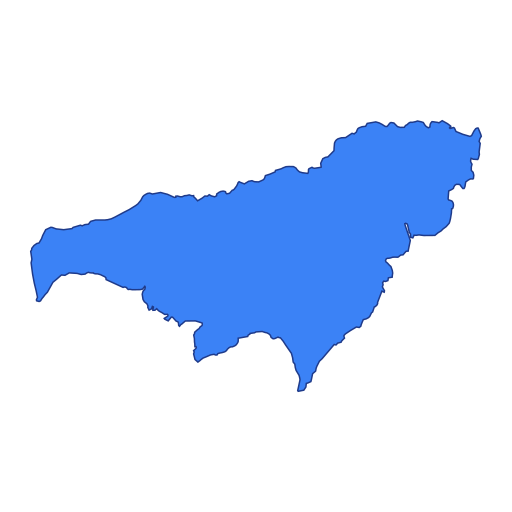 Polle, Federated States of Micronesia
{"feature_id": "79324940B78067123130515", "entity_name": "Polle", "entity_type": "district", "adm_level": 2, "iso_a3": "FSM", "parent_name": "Federated States of Micronesia", "parent_adm1": "", "projection": "albers", "projection_center": [151.586, 7.337], "detail": "fine", "context": "isolated", "style": "filled", "palette": "blue", "viewbox_px": 512, "rotation_deg": 0, "n_neighbors": 0, "source": "geoboundaries", "source_scale": "gbopen_adm2", "svg_char_len": 6080}
<svg xmlns="http://www.w3.org/2000/svg" viewBox="0 0 512 512"><path d="M356.3,132.2L355.4,132.8L354.2,133.9L352.0,133.3L345.6,137.6L341.3,137.8L338.0,138.8L336.4,139.9L335.3,141.3L334.5,143.1L334.1,147.8L334.0,150.7L327.9,156.9L325.3,157.4L322.8,158.7L320.7,163.3L321.2,167.1L320.3,167.4L314.5,168.3L313.1,168.0L312.0,167.3L309.0,168.7L308.5,169.5L308.4,172.1L307.8,173.4L302.3,172.7L299.5,171.9L298.3,170.9L297.2,169.8L295.9,168.0L293.5,166.6L288.9,166.5L286.0,166.7L283.1,167.8L281.8,168.5L280.5,169.0L275.5,170.4L275.1,171.9L270.0,174.1L265.4,175.6L264.7,177.8L264.1,179.0L262.9,180.0L258.7,181.9L255.7,181.8L254.1,181.6L252.0,180.7L248.6,181.3L246.7,182.5L245.6,183.1L244.4,183.9L240.2,182.3L239.1,181.7L238.1,182.6L237.6,184.0L236.6,186.0L234.2,189.2L233.3,190.0L232.3,190.2L229.5,193.3L226.8,193.8L225.8,192.9L225.5,191.7L224.7,191.4L223.1,191.1L220.7,191.5L218.9,192.4L216.7,194.0L216.6,195.7L214.7,196.8L211.3,195.9L209.2,194.7L207.4,196.2L204.9,196.0L202.2,198.1L197.6,200.8L195.6,198.5L193.8,196.8L193.6,195.6L192.0,195.8L189.2,194.9L186.8,195.5L184.5,195.7L182.2,196.7L180.4,196.8L177.4,196.0L175.8,196.2L175.8,197.3L174.3,197.4L167.5,194.3L160.6,192.5L152.4,194.0L149.7,193.1L147.6,193.4L145.8,194.3L143.9,195.5L142.7,196.8L140.8,200.4L139.2,202.3L137.9,203.9L135.8,205.5L129.2,209.6L123.7,212.4L114.9,217.1L111.3,218.8L107.7,219.7L105.0,220.0L95.6,220.0L90.8,221.3L90.1,222.0L88.5,224.2L84.9,224.6L82.2,225.8L80.4,225.2L73.1,227.4L72.0,228.6L63.7,229.7L56.2,228.9L52.1,227.4L50.8,227.3L45.7,229.7L42.7,235.5L41.5,238.8L39.0,243.0L36.8,243.5L34.0,245.5L31.8,248.3L31.6,250.0L30.7,251.3L31.9,259.3L31.1,262.8L32.6,274.2L34.3,283.2L36.2,291.0L37.5,297.3L36.4,299.8L36.6,300.8L39.1,301.5L40.5,300.9L42.0,298.5L43.3,297.0L45.1,294.6L47.4,292.2L52.9,282.3L57.0,278.9L61.4,275.0L65.0,275.3L69.2,272.9L77.2,273.4L81.2,274.5L85.1,274.1L86.8,272.9L88.5,272.3L90.0,272.8L92.6,273.0L93.1,272.8L93.8,273.4L95.2,273.8L97.8,273.9L100.6,274.7L103.6,276.2L104.6,276.6L105.9,277.8L106.1,279.6L123.1,287.4L124.2,287.0L125.7,287.2L126.7,287.7L127.1,288.5L128.2,289.5L129.9,289.3L132.1,289.7L135.4,289.7L140.3,289.6L142.5,289.1L144.8,286.3L145.2,286.9L145.2,287.9L144.6,289.7L143.6,290.3L142.8,291.9L142.2,294.2L143.0,299.4L144.3,301.7L146.9,303.8L147.9,305.8L147.8,307.4L149.1,310.1L151.5,308.9L152.4,306.4L153.4,306.9L153.4,307.8L152.8,309.2L152.9,310.3L155.0,310.2L156.7,308.7L158.3,310.5L159.6,311.4L161.9,312.6L164.6,314.4L167.4,314.3L167.8,314.7L168.0,315.3L167.7,316.2L164.2,318.4L164.8,319.2L168.2,320.9L171.3,317.1L172.6,317.2L176.1,321.1L177.9,321.8L178.4,322.8L178.7,325.5L179.5,326.3L181.1,324.3L181.6,324.2L185.3,321.0L195.4,320.9L200.7,322.5L202.2,323.1L202.3,324.3L202.1,325.3L201.7,325.8L200.2,326.8L199.1,328.6L197.6,329.6L194.7,332.2L194.5,333.8L193.7,335.0L194.4,338.6L194.5,341.9L194.8,344.0L194.9,346.7L196.0,346.6L196.3,347.6L195.8,348.6L193.6,350.6L194.2,352.0L193.6,353.9L195.0,359.5L197.9,362.1L199.9,360.6L201.0,359.6L203.2,358.0L206.7,356.6L210.6,354.9L214.1,354.3L215.4,355.0L217.0,355.0L217.8,353.6L219.9,353.0L222.1,352.6L224.8,351.8L226.5,350.6L227.3,349.3L228.9,347.8L230.6,346.9L232.5,346.8L234.4,346.0L235.8,345.2L236.9,343.9L237.8,342.5L238.2,341.2L238.2,338.2L247.7,336.5L248.2,335.1L249.9,334.1L250.1,333.4L254.5,332.8L256.1,331.9L262.2,331.5L265.2,332.5L266.8,332.8L268.8,333.8L270.4,335.3L271.1,337.4L273.1,338.8L274.7,338.6L278.0,337.1L279.2,337.7L280.4,337.8L283.2,341.2L285.5,344.8L291.4,353.3L292.6,357.7L293.2,362.1L294.8,364.1L295.3,367.6L296.1,370.4L299.1,375.4L299.8,378.3L300.0,379.9L297.7,390.6L298.2,391.3L303.8,390.2L305.9,387.0L306.3,383.4L307.8,383.0L310.9,381.6L311.5,379.1L312.4,374.7L312.6,373.7L315.6,371.1L316.2,368.0L316.9,366.2L319.4,361.2L322.1,358.7L334.2,344.5L335.7,344.9L336.3,344.8L337.5,343.2L341.1,342.2L341.8,340.8L344.5,338.1L344.0,336.7L344.0,335.4L345.4,333.9L350.5,330.5L356.4,327.0L359.3,327.5L360.9,326.1L361.1,325.0L362.2,322.1L363.3,319.6L366.1,318.9L368.4,317.7L369.7,316.5L371.5,312.8L372.6,312.0L374.3,306.9L375.3,306.6L376.9,305.1L377.6,303.7L377.6,302.3L381.9,291.1L383.0,291.7L384.2,292.2L384.5,290.8L382.6,287.4L382.4,286.7L383.1,284.8L382.6,282.7L383.8,281.1L385.4,281.5L387.9,280.6L388.4,277.8L392.2,277.2L392.4,275.0L392.7,273.1L392.3,270.4L390.9,266.5L389.5,265.3L387.5,263.1L385.9,261.8L385.5,260.5L386.3,258.8L387.3,258.3L388.3,258.3L390.2,258.0L392.7,257.2L394.9,257.1L397.9,257.2L398.8,256.6L400.6,255.1L403.1,254.8L404.3,253.3L406.1,251.3L408.2,251.1L408.4,249.7L410.3,240.5L405.0,224.8L404.8,223.7L405.6,223.3L407.0,223.8L407.6,224.9L409.3,232.4L410.5,234.0L410.6,236.5L410.8,237.3L412.8,237.9L413.6,236.3L414.0,235.2L416.3,235.3L419.0,234.9L423.8,235.5L434.9,235.4L438.0,232.8L441.1,230.9L443.1,228.9L446.2,226.6L449.2,223.2L449.8,221.4L450.5,218.5L451.4,213.0L451.6,208.8L452.3,208.7L452.7,208.4L453.3,206.6L453.5,204.9L453.1,202.9L452.2,201.3L450.9,200.6L448.6,199.9L448.1,198.9L448.7,191.0L449.3,190.7L451.6,189.6L453.4,188.4L453.7,187.3L454.5,185.8L455.0,185.2L455.7,184.7L456.6,184.3L459.4,184.4L460.2,185.0L460.9,186.1L462.8,188.5L464.0,188.5L464.4,188.0L465.0,186.4L465.7,182.0L468.5,179.9L470.6,178.9L472.9,179.0L473.4,178.5L473.8,175.2L473.1,172.3L471.3,170.4L471.3,167.0L472.0,164.2L471.0,162.5L470.6,161.3L470.7,159.9L471.1,158.3L473.1,159.2L477.7,159.5L478.3,158.5L479.4,154.4L479.1,152.0L480.2,143.4L479.1,141.4L479.9,138.6L481.3,136.3L480.7,134.2L478.2,128.1L477.2,128.0L475.7,128.7L474.0,131.0L471.6,135.6L470.0,136.4L462.8,134.3L456.0,131.5L454.4,128.0L453.3,127.5L451.7,128.1L450.1,128.5L449.5,127.9L449.9,127.2L450.8,126.8L450.7,126.1L447.6,123.7L442.2,120.7L439.0,122.8L437.6,122.4L432.8,121.7L431.9,121.7L430.6,123.3L430.1,124.7L429.9,127.0L428.3,127.8L426.2,126.5L425.0,125.2L423.3,122.5L421.2,121.8L417.5,121.0L415.4,121.7L412.5,122.3L410.2,122.3L408.6,123.2L407.2,124.6L405.5,125.5L404.3,127.3L400.2,127.4L397.5,126.6L393.9,123.0L391.0,122.5L389.7,123.2L387.9,125.6L387.0,126.5L385.2,126.4L382.1,124.4L379.2,122.9L375.8,121.9L367.2,123.4L365.6,126.3L362.1,126.7L359.1,127.8L357.9,128.6L357.1,130.1L356.3,132.2Z" fill="#3b82f6" stroke="#1e3a8a" stroke-width="1.5"/></svg>